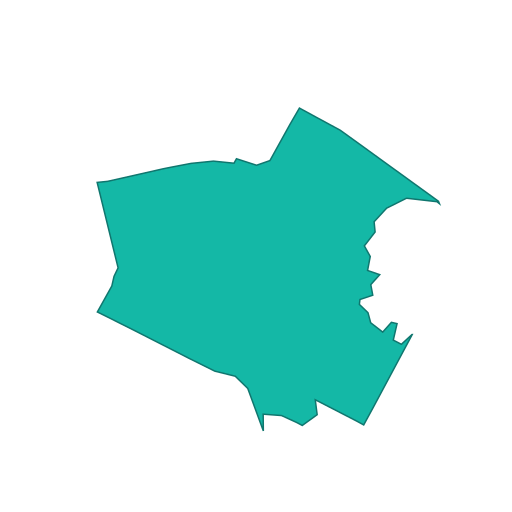 the district of Marshall, Alabama, United States of America, rotated 118°
{"feature_id": "52423323B91350179619182", "entity_name": "Marshall", "entity_type": "district", "adm_level": 2, "iso_a3": "USA", "parent_name": "United States of America", "parent_adm1": "Alabama", "projection": "albers", "projection_center": [-86.327, 34.349], "detail": "fine", "context": "isolated", "style": "filled", "palette": "teal", "viewbox_px": 512, "rotation_deg": 118, "n_neighbors": 0, "source": "geoboundaries", "source_scale": "gbopen_adm2", "svg_char_len": 953}
<svg xmlns="http://www.w3.org/2000/svg" viewBox="0 0 512 512"><g transform="rotate(118 256 256)"><path d="M179.3,318.9L184.4,319.0L192.2,338.1L200.1,349.9L204.7,356.8L217.5,372.7L222.4,378.7L259.7,422.0L265.6,430.8L331.2,372.2L340.6,371.8L350.2,369.2L379.9,369.8L379.6,359.7L378.8,325.4L378.4,302.5L377.8,266.8L377.0,238.2L371.9,217.9L376.8,201.1L407.0,167.4L392.3,175.4L384.9,158.6L383.9,141.9L383.9,135.6L367.4,127.5L355.1,136.2L354.5,89.1L354.6,81.6L334.8,81.4L258.3,81.2L257.0,81.2L252.0,81.2L252.1,81.4L265.7,86.2L265.8,95.3L249.5,99.7L251.0,105.3L263.7,108.4L261.1,123.4L253.5,130.5L250.2,142.0L245.6,143.8L235.8,134.5L227.4,141.2L214.4,138.0L216.4,150.7L202.8,154.9L196.2,165.1L178.9,162.1L170.3,167.8L152.4,163.1L134.7,150.5L134.2,149.9L123.1,121.7L123.7,118.6L122.0,120.6L110.1,206.5L109.9,207.8L105.4,240.7L105.2,268.2L105.0,287.1L123.7,287.8L165.2,288.5L175.6,298.1L179.3,318.9Z" fill="#14b8a6" stroke="#0f766e" stroke-width="1.5"/></g></svg>